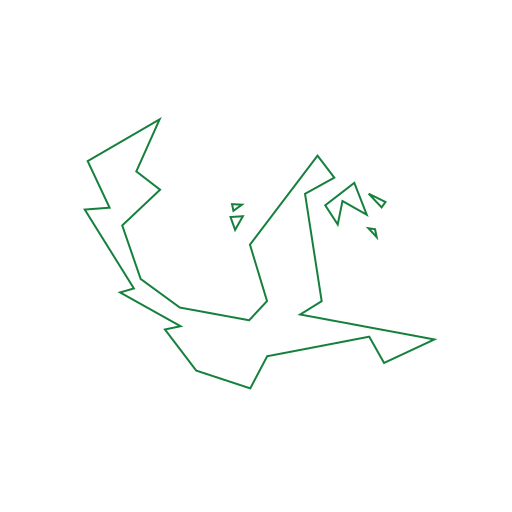 map outline of Sulawesi Tengah (Equal Earth projection), rotated 311°
{"feature_id": "IDN-557", "entity_name": "Sulawesi Tengah", "entity_type": "Province", "adm_level": 1, "iso_a3": "IDN", "parent_name": "Indonesia", "parent_adm1": "", "projection": "equal_earth", "projection_center": [121.786, -0.946], "detail": "coarse", "context": "isolated", "style": "outline", "palette": "green", "viewbox_px": 512, "rotation_deg": 311, "n_neighbors": 0, "source": "natural_earth", "source_scale": "10m", "svg_char_len": 768}
<svg xmlns="http://www.w3.org/2000/svg" viewBox="0 0 512 512"><g transform="rotate(311 256 256)"><path d="M243.1,140.1L191.3,135.0L163.0,184.0L167.1,232.3L203.0,293.0L229.2,293.9L260.6,244.0L372.1,236.6L366.5,263.7L335.1,252.2L265.0,335.2L240.8,327.7L310.0,445.3L259.3,422.8L269.4,394.4L187.7,330.2L152.3,338.5L130.3,286.1L140.8,235.5L153.5,245.1L139.3,177.3L151.4,185.1L178.7,96.3L196.4,113.8L217.2,66.7L295.9,93.6L241.3,110.2L243.1,140.1ZM375.7,282.2L359.8,312.5L354.2,285.2L333.4,297.0L339.7,275.0L375.7,282.2ZM376.9,300.2L381.7,318.3L375.1,318.9L376.9,300.2ZM268.7,211.2L277.4,220.0L262.0,223.1L268.7,211.2ZM279.4,203.9L285.5,211.7L275.3,209.3L279.4,203.9ZM350.7,322.6L354.3,328.3L349.4,334.7L350.7,322.6Z" fill="none" stroke="#15803d" stroke-width="2"/></g></svg>